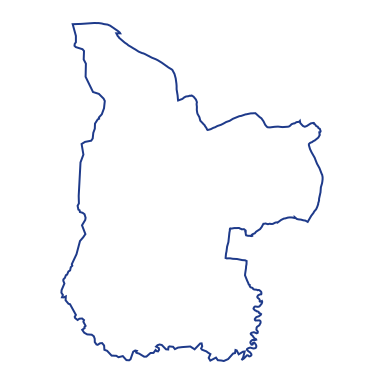 outline of Leraba, Léraba, Burkina Faso
{"feature_id": "67063806B8254339248909", "entity_name": "Leraba", "entity_type": "district", "adm_level": 2, "iso_a3": "BFA", "parent_name": "Burkina Faso", "parent_adm1": "Léraba", "projection": "mercator", "projection_center": [-5.133, 10.653], "detail": "fine", "context": "isolated", "style": "outline", "palette": "blue", "viewbox_px": 384, "rotation_deg": 0, "n_neighbors": 0, "source": "geoboundaries", "source_scale": "gbopen_adm2", "svg_char_len": 5980}
<svg xmlns="http://www.w3.org/2000/svg" viewBox="0 0 384 384"><path d="M72.7,24.2L75.9,35.9L75.9,42.2L74.7,44.0L74.5,45.8L75.8,47.1L82.5,49.2L84.0,51.0L83.7,59.5L85.9,63.7L85.6,76.8L93.0,92.0L98.9,93.9L103.6,98.6L104.8,101.0L104.0,108.3L101.8,114.3L98.9,117.5L99.1,118.7L97.7,119.4L95.0,123.6L94.8,128.7L93.3,132.8L92.7,138.5L91.2,140.7L85.0,141.9L81.6,144.0L83.4,154.6L80.5,162.4L78.7,195.9L78.9,203.4L77.6,205.8L78.4,209.6L79.6,210.3L79.9,212.0L82.6,212.8L84.5,214.2L85.6,217.8L85.2,220.0L82.0,225.3L85.4,234.1L83.2,237.3L80.0,241.0L76.5,254.2L71.8,264.2L72.3,265.7L70.8,267.2L70.1,270.4L68.4,271.5L67.1,274.6L65.9,275.2L64.9,277.8L63.4,279.4L63.3,280.8L64.4,283.5L61.6,290.1L61.4,292.7L62.9,295.0L62.0,297.3L63.7,297.4L65.8,296.4L65.6,300.3L68.5,303.8L70.0,304.2L75.9,314.9L74.7,316.9L75.2,318.1L77.6,320.0L79.4,318.7L82.1,318.5L84.0,320.1L83.4,321.8L85.6,325.9L84.4,327.1L84.6,328.1L82.2,329.8L84.2,332.7L87.2,334.4L91.7,334.7L93.8,336.3L94.7,338.8L94.8,342.1L96.5,344.5L97.7,344.8L100.0,343.3L102.1,343.1L104.1,345.5L104.4,349.8L107.1,350.8L111.6,355.6L116.3,355.8L118.5,357.2L122.8,356.1L126.4,360.1L129.1,360.3L130.5,359.3L133.2,351.7L135.2,350.5L136.8,350.9L136.0,352.0L136.4,352.8L139.1,353.6L144.2,356.7L146.4,356.6L150.5,353.0L153.5,352.9L155.6,350.0L156.6,351.1L158.0,351.4L159.1,349.8L158.8,348.1L156.1,346.6L157.5,345.2L159.6,344.5L161.8,345.0L166.0,349.3L168.2,349.5L168.4,347.2L169.4,346.4L173.1,346.8L174.9,349.1L178.0,347.6L182.1,347.1L190.3,346.5L194.6,349.3L200.2,343.5L201.6,343.4L202.2,346.3L201.1,348.5L202.0,349.7L206.4,351.4L208.1,352.7L210.4,354.1L208.7,357.9L210.3,360.6L216.0,357.6L217.8,360.2L221.3,360.5L223.8,361.0L228.1,359.1L233.1,353.5L235.0,353.1L235.5,350.0L236.7,350.4L238.7,354.3L243.0,351.7L244.7,351.5L243.1,357.5L241.6,360.0L243.9,358.5L247.0,355.3L247.8,355.3L249.2,356.4L249.9,356.3L250.6,356.0L251.4,355.1L251.4,354.3L251.2,353.9L250.1,352.4L248.3,351.2L247.0,349.9L246.9,349.4L247.2,348.9L248.3,348.2L250.1,347.6L253.4,348.5L254.8,348.3L255.7,347.9L256.2,347.0L256.3,346.4L256.2,345.4L255.7,344.4L254.6,342.9L254.3,342.7L253.7,342.7L253.1,342.9L252.9,344.0L252.6,344.5L252.1,344.7L251.5,344.7L250.4,342.9L250.4,342.2L250.8,341.3L252.3,340.0L253.1,339.9L254.6,340.2L256.2,339.7L256.0,339.2L254.8,338.6L253.9,337.7L252.7,335.9L251.0,334.4L250.7,333.8L251.0,333.2L251.5,332.8L253.9,332.2L256.7,333.3L257.7,332.8L257.8,331.5L256.7,330.2L256.4,329.6L256.6,327.6L257.1,326.8L259.3,325.3L260.5,323.0L260.6,322.2L260.5,321.3L260.0,320.7L259.6,320.4L255.5,320.5L254.9,319.9L254.8,319.1L255.9,317.5L256.6,317.0L258.8,316.3L259.5,315.8L260.8,314.8L261.1,314.1L260.4,313.5L259.2,313.1L258.6,311.9L257.5,311.4L256.6,311.3L256.0,310.7L254.9,310.3L253.6,308.9L253.5,308.4L254.3,307.0L254.8,306.6L255.5,306.5L257.6,306.8L258.8,306.7L259.7,306.1L261.7,303.6L262.2,301.9L261.9,301.0L261.0,301.5L260.1,301.7L259.7,301.3L259.8,300.6L259.6,299.7L259.2,299.0L257.8,297.9L257.4,297.4L257.3,296.7L258.0,295.5L259.1,294.8L260.1,294.4L261.2,294.3L261.4,293.9L261.3,292.2L260.9,291.5L260.4,291.1L259.4,290.2L258.7,290.0L257.6,290.2L257.1,289.9L256.5,289.7L254.1,289.5L253.2,289.0L252.5,287.9L250.6,287.3L250.3,287.0L249.8,286.3L249.7,284.9L248.8,284.6L248.1,282.7L247.2,280.8L245.0,275.3L245.2,273.4L246.0,268.1L246.1,266.3L246.5,264.1L246.6,261.0L245.1,260.3L242.3,260.1L237.0,259.0L232.8,258.8L230.0,258.3L226.7,258.4L225.6,258.0L226.0,253.7L226.5,251.4L227.1,246.6L228.4,242.1L229.4,232.7L229.9,230.1L229.8,229.7L230.0,228.6L230.6,228.4L231.3,228.6L234.1,228.1L239.0,228.0L239.6,228.2L240.2,228.7L241.1,228.9L241.7,229.3L244.0,229.2L245.6,230.5L245.3,231.5L245.7,231.6L245.7,233.8L246.1,235.3L248.0,235.8L249.6,235.8L250.6,236.0L251.8,236.1L252.3,235.8L251.8,234.8L252.8,234.1L254.8,233.3L256.1,231.7L260.1,229.1L261.8,226.8L262.1,226.2L263.4,223.8L264.1,223.8L265.5,223.5L267.9,224.2L269.9,223.7L270.9,224.0L272.8,223.9L275.3,222.6L277.2,222.3L277.5,222.6L281.2,219.9L283.8,218.6L285.3,218.4L287.9,217.6L289.9,217.4L292.1,217.5L294.6,218.0L294.6,217.1L296.9,219.0L298.7,219.4L300.9,219.6L303.3,220.3L305.4,220.6L307.7,221.9L311.3,215.7L313.4,213.0L314.2,211.5L316.1,209.3L317.0,207.4L317.5,206.1L318.2,204.1L318.2,203.2L318.7,201.8L319.1,200.0L319.0,199.2L319.2,198.1L320.5,192.3L320.9,187.2L322.0,183.5L322.3,181.8L322.6,179.2L322.6,177.1L322.1,174.6L321.7,174.0L319.5,168.2L317.0,163.7L315.6,160.2L314.7,157.8L311.5,152.2L310.0,149.0L308.9,145.2L308.9,144.1L309.7,143.2L310.7,142.6L311.9,142.2L313.4,141.1L314.7,140.5L318.3,137.6L319.8,134.9L319.4,133.9L319.6,133.4L319.3,132.3L320.1,132.1L320.5,131.6L320.6,131.1L319.8,128.8L318.5,128.1L317.7,126.7L316.5,126.2L316.1,125.9L315.0,124.3L314.0,123.8L313.9,123.0L313.5,122.9L310.8,123.4L306.8,126.0L305.2,126.6L304.6,126.7L302.9,125.9L300.3,123.1L299.9,121.0L299.6,121.4L298.6,121.9L296.7,122.1L295.9,122.5L294.6,123.4L293.8,123.4L291.6,124.2L290.0,125.8L289.1,126.4L288.1,126.7L282.5,127.1L278.0,126.6L274.6,126.8L270.0,127.4L267.8,127.3L266.9,126.8L265.2,124.8L263.5,121.3L261.4,118.3L259.7,117.1L255.4,113.2L250.6,113.4L246.4,114.3L245.5,114.4L241.2,115.9L239.3,116.2L232.9,118.8L229.7,120.8L226.2,122.0L223.4,123.6L221.0,124.8L217.4,126.0L215.0,127.3L213.4,127.8L210.7,129.2L207.7,130.0L207.0,129.5L206.8,128.8L206.1,127.5L205.2,126.4L204.7,125.3L203.2,123.8L202.8,123.3L200.3,120.7L199.4,117.2L197.5,113.8L197.2,112.6L196.8,109.9L196.9,106.9L196.6,104.3L196.7,103.1L196.9,102.5L196.8,101.8L195.9,99.5L193.6,96.7L191.7,95.5L190.9,95.9L190.4,95.7L189.8,95.7L188.4,96.2L186.0,96.5L184.2,97.4L183.3,98.2L182.2,99.0L178.1,100.5L178.0,100.0L177.6,95.4L176.6,89.3L176.6,86.1L176.4,83.5L175.7,78.4L174.5,74.0L172.4,70.0L171.7,69.4L168.5,67.5L161.8,62.7L157.7,60.2L155.7,59.2L151.9,57.7L144.8,54.0L143.4,53.4L142.1,53.1L138.6,51.6L135.4,49.5L133.3,48.3L130.9,46.8L128.3,45.3L127.1,44.2L124.7,42.6L119.2,37.9L118.6,36.9L117.8,36.2L116.3,33.3L120.2,33.3L119.8,32.6L118.3,31.3L110.2,25.7L107.6,24.6L104.0,24.1L101.8,23.5L99.0,23.1L94.2,23.0L81.2,23.9L72.7,24.2Z" fill="none" stroke="#1e3a8a" stroke-width="2"/></svg>